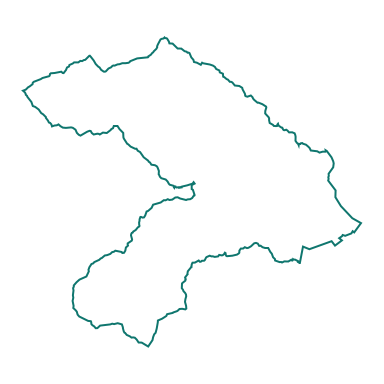 Vanatori-Neamt, Neamt, Romania
{"feature_id": "2599482B39139514259445", "entity_name": "Vanatori-Neamt", "entity_type": "district", "adm_level": 2, "iso_a3": "ROU", "parent_name": "Romania", "parent_adm1": "Neamt", "projection": "albers", "projection_center": [26.196, 47.223], "detail": "fine", "context": "isolated", "style": "outline", "palette": "teal", "viewbox_px": 384, "rotation_deg": 0, "n_neighbors": 0, "source": "geoboundaries", "source_scale": "gbopen_adm2", "svg_char_len": 5901}
<svg xmlns="http://www.w3.org/2000/svg" viewBox="0 0 384 384"><path d="M73.3,308.0L75.6,310.2L76.8,311.7L77.6,314.6L79.2,316.5L88.1,320.9L90.8,321.2L91.2,322.1L91.4,324.1L92.4,325.2L94.2,326.4L95.7,328.2L97.4,328.1L100.1,325.6L110.3,324.4L112.2,323.7L114.1,324.1L117.7,323.2L121.9,324.4L122.9,327.4L122.9,328.1L123.8,331.5L124.5,332.7L125.1,332.9L126.7,334.9L129.8,336.3L131.5,337.6L133.1,337.4L134.8,337.7L136.7,339.6L138.6,342.5L141.7,342.6L148.2,346.5L152.5,340.1L153.1,337.2L154.2,334.3L155.6,332.8L156.7,328.6L157.8,322.3L157.9,320.5L162.1,318.7L166.3,316.0L167.1,314.2L172.8,312.9L173.1,312.5L176.6,311.3L177.5,310.9L179.5,309.0L182.2,308.8L185.3,309.4L186.3,308.6L186.1,305.9L185.0,301.9L185.4,299.2L186.2,296.3L186.0,294.5L185.1,292.9L183.5,291.2L183.0,289.8L181.8,288.2L182.0,283.6L182.3,283.1L185.3,280.7L185.7,279.3L185.3,279.1L185.4,278.1L185.1,277.4L187.6,274.2L187.4,273.9L187.8,271.3L191.0,267.4L191.3,266.5L191.5,266.6L191.7,264.5L192.5,262.7L194.9,262.6L198.7,260.5L199.7,261.7L200.1,261.8L201.0,261.6L201.9,260.8L204.1,260.7L204.8,260.1L206.1,257.5L206.7,257.0L209.7,255.7L211.5,256.4L212.8,256.3L214.7,256.9L218.1,256.4L219.2,254.9L221.8,255.4L222.7,255.2L224.0,254.2L224.9,252.7L225.6,253.2L225.6,254.4L226.3,255.9L227.0,256.2L232.3,255.7L237.0,254.6L238.8,253.4L239.3,252.7L239.4,250.6L240.8,248.6L243.2,248.5L244.8,247.2L247.0,248.1L248.4,247.8L251.0,246.3L254.2,243.3L256.0,242.9L257.8,243.6L259.2,245.9L260.6,245.7L262.5,247.2L265.1,248.0L268.2,248.0L270.3,251.9L271.8,253.7L273.1,257.3L274.9,259.0L275.1,260.5L279.6,262.1L281.2,262.0L282.0,262.5L284.3,261.4L288.3,261.5L291.0,259.9L291.1,260.3L292.4,260.5L293.0,259.1L293.6,259.6L295.0,259.6L298.0,261.1L297.7,261.5L297.8,261.9L299.4,262.6L299.7,263.8L303.0,246.6L309.4,249.2L331.6,241.2L335.0,245.6L341.9,240.4L339.2,238.2L342.0,236.2L342.7,235.0L345.2,235.8L351.4,233.4L352.7,231.2L354.2,232.4L361.0,223.1L352.3,218.2L340.9,206.1L335.4,197.2L335.6,190.4L328.2,180.6L328.6,178.8L328.3,177.2L328.8,175.9L328.6,173.8L333.2,167.3L333.7,163.4L333.2,161.2L331.5,157.3L326.8,151.0L325.7,150.3L325.9,151.2L325.5,151.7L322.6,151.7L319.5,152.6L317.3,151.3L310.8,150.5L309.6,148.0L308.2,146.6L306.0,144.7L302.9,143.7L302.4,143.1L301.0,143.2L300.4,144.0L298.9,143.8L298.7,145.2L298.3,144.2L296.7,142.6L295.5,140.8L295.6,136.7L295.3,135.1L294.6,133.3L292.2,132.3L289.1,132.4L287.4,130.5L286.2,129.7L284.7,130.2L283.8,130.1L283.1,129.5L282.3,127.7L281.5,127.6L279.0,125.9L278.4,125.2L278.0,123.8L277.4,124.5L277.0,126.0L275.9,126.1L273.8,125.9L272.9,124.8L269.7,123.0L269.1,120.2L269.1,118.3L268.6,117.2L265.2,113.5L265.3,110.9L266.3,107.6L266.1,106.6L262.4,104.2L258.4,102.6L257.5,102.7L254.1,99.8L253.1,98.6L252.5,97.2L250.8,95.5L247.4,96.7L245.5,96.1L245.1,95.2L245.1,94.3L244.7,93.3L242.6,89.4L242.2,87.8L239.3,86.0L234.8,85.5L232.3,82.4L231.0,81.8L229.8,81.8L227.9,79.6L226.6,79.1L224.4,77.2L223.2,76.7L222.9,73.7L219.8,72.4L219.4,70.5L216.2,69.0L214.9,66.9L213.0,65.6L209.8,64.5L203.2,63.3L202.1,62.7L200.8,64.8L196.9,62.7L194.0,62.0L193.4,59.8L191.3,57.4L189.5,53.1L188.6,52.6L187.5,52.7L186.6,51.7L184.6,51.2L181.3,48.6L177.6,48.5L172.6,43.6L169.4,43.4L168.9,41.6L167.1,38.6L166.4,38.2L164.9,38.1L164.5,37.5L163.5,38.5L161.5,38.9L160.5,39.5L157.8,44.6L157.1,46.3L157.2,47.3L156.3,48.9L153.8,51.3L153.2,52.3L152.1,53.1L150.9,54.7L148.3,56.4L148.3,56.9L147.9,57.3L137.2,58.4L130.2,61.2L129.5,62.2L128.4,62.8L125.5,63.2L122.3,63.2L119.5,64.2L117.5,64.4L114.7,65.6L113.3,65.5L112.3,66.0L111.1,67.3L108.5,68.5L105.9,71.3L104.9,71.7L103.7,71.6L101.1,69.8L99.6,67.5L98.2,66.6L95.7,64.0L93.7,60.5L90.8,56.8L89.8,55.7L89.3,55.8L85.3,59.8L83.8,60.1L82.1,61.1L80.3,60.9L78.3,62.4L74.1,62.4L72.8,63.5L69.4,65.0L69.0,66.5L67.0,67.5L66.0,70.0L63.6,73.1L62.7,73.0L61.3,71.7L54.6,73.0L50.8,73.3L50.0,74.0L49.7,75.6L49.1,76.2L42.5,78.0L40.8,79.1L33.8,81.8L32.8,82.7L32.5,84.3L32.0,84.6L29.4,86.6L28.3,87.1L25.8,89.6L23.0,90.7L24.9,92.4L25.6,93.7L25.8,94.8L27.0,95.8L27.4,96.9L31.4,102.0L32.8,106.0L35.2,106.9L38.7,109.5L41.2,113.1L43.1,114.3L45.9,117.1L45.9,117.9L47.9,120.5L48.9,122.5L50.1,122.9L51.4,124.4L52.0,126.4L54.6,125.5L56.8,125.3L58.5,124.4L60.5,126.2L62.8,127.6L65.9,127.9L71.1,127.4L72.8,127.8L75.5,129.7L76.9,132.9L78.8,134.8L80.5,135.6L87.2,131.7L89.6,130.8L90.7,131.0L91.8,133.0L93.7,134.5L97.3,133.7L98.9,133.9L99.8,134.5L102.9,132.6L106.8,133.0L110.7,130.0L111.2,129.2L113.0,128.2L113.8,126.0L117.5,126.0L119.5,129.1L123.2,132.9L123.4,137.3L123.8,138.5L127.2,143.8L128.2,144.3L130.6,146.6L135.2,148.8L136.5,148.7L137.7,150.7L140.1,152.1L143.7,157.3L148.2,160.7L148.7,161.7L150.0,162.5L151.4,164.7L154.9,165.2L156.7,166.2L157.5,167.3L158.9,171.0L158.7,174.3L159.3,175.2L159.9,176.7L161.3,178.2L165.7,179.5L167.6,181.5L168.8,183.7L169.7,184.7L173.6,185.8L173.9,186.2L173.8,187.1L174.3,187.8L174.8,186.4L175.5,186.5L175.6,186.9L176.5,187.5L179.0,187.2L179.1,187.8L181.5,187.4L181.3,186.8L181.9,186.6L187.4,185.3L192.6,183.6L193.6,182.2L194.6,183.6L191.7,185.1L191.7,189.1L192.9,189.8L194.6,195.1L194.4,195.5L193.9,195.4L192.2,198.0L190.2,199.2L187.6,199.4L186.1,200.0L180.1,198.5L177.7,197.3L175.3,197.5L172.3,199.6L169.4,200.0L167.8,199.2L165.6,200.3L163.8,200.2L160.7,202.5L153.1,204.7L151.6,207.9L148.1,210.9L146.6,211.5L145.2,215.5L144.0,217.4L142.6,217.6L140.9,216.9L140.4,217.0L139.6,219.2L139.5,221.0L139.1,222.4L139.2,224.8L139.5,225.9L139.2,226.5L137.9,227.3L135.7,230.0L133.2,231.6L132.7,232.6L131.8,232.9L131.2,234.1L131.0,235.4L132.1,239.4L131.8,240.6L127.7,243.4L127.6,244.2L128.0,245.6L125.9,247.5L125.3,250.7L124.0,252.8L122.5,253.0L122.0,252.7L121.7,252.0L115.3,250.7L113.8,251.8L112.2,252.1L110.3,253.9L107.2,255.1L104.8,255.5L101.7,258.1L100.6,258.5L99.3,259.8L94.3,262.1L93.2,263.4L91.5,264.0L89.4,267.2L88.5,269.7L88.8,271.4L86.4,276.5L79.5,279.6L76.6,282.2L73.8,285.4L73.8,286.7L73.1,288.1L73.5,290.5L72.9,295.3L73.3,297.7L72.6,300.9L73.6,305.9L73.3,308.0Z" fill="none" stroke="#0f766e" stroke-width="2"/></svg>